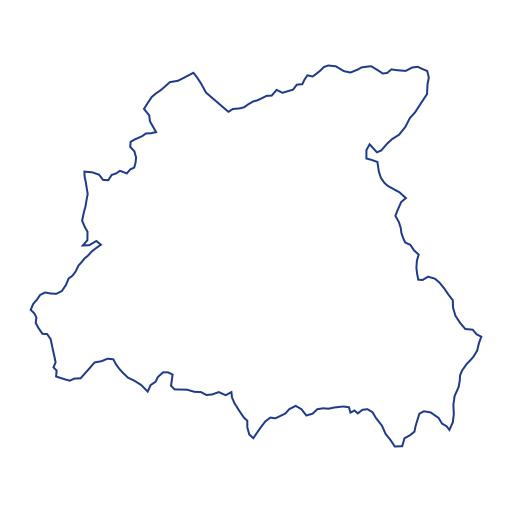 Bragança Paulista, São Paulo, Brazil
{"feature_id": "56859067B47210019217974", "entity_name": "Bragança Paulista", "entity_type": "district", "adm_level": 2, "iso_a3": "BRA", "parent_name": "Brazil", "parent_adm1": "São Paulo", "projection": "robinson", "projection_center": [-46.559, -22.936], "detail": "fine", "context": "isolated", "style": "outline", "palette": "blue", "viewbox_px": 512, "rotation_deg": 0, "n_neighbors": 0, "source": "geoboundaries", "source_scale": "gbopen_adm2", "svg_char_len": 3313}
<svg xmlns="http://www.w3.org/2000/svg" viewBox="0 0 512 512"><path d="M442.0,423.6L446.5,426.2L449.4,429.9L452.8,422.3L453.8,414.3L453.4,404.8L454.6,396.0L458.6,387.1L459.7,381.2L460.1,375.2L462.1,370.5L466.5,364.2L470.7,359.9L473.7,356.4L477.2,350.5L479.0,342.9L481.3,336.7L476.6,334.3L472.7,329.7L465.3,329.0L460.1,322.9L455.4,315.7L453.0,307.6L452.8,300.3L448.2,294.3L444.5,288.8L439.5,282.6L434.9,278.7L428.1,276.7L422.5,280.0L418.3,279.7L417.1,273.7L416.4,267.8L416.9,260.6L418.7,254.6L414.0,250.4L410.4,244.9L405.2,242.5L403.1,238.0L401.4,233.0L400.8,228.2L399.0,222.4L395.4,215.8L397.6,210.1L401.2,202.0L405.9,198.1L399.6,192.4L388.1,186.1L384.5,183.0L380.9,177.9L378.9,171.8L377.4,162.0L371.6,159.9L366.4,158.5L366.4,150.2L369.6,144.3L376.9,152.3L381.2,150.5L387.1,143.7L392.1,139.1L399.1,134.7L405.4,126.8L409.9,118.0L415.1,112.3L419.8,105.0L427.0,94.1L427.5,84.5L428.8,77.5L427.2,71.0L422.8,69.2L417.8,66.8L412.2,67.5L405.7,70.9L397.0,70.2L391.4,69.4L387.1,73.0L382.8,73.5L378.1,70.4L371.1,66.2L361.9,67.3L357.4,69.7L350.5,72.5L344.0,71.2L335.8,66.3L328.3,65.5L323.9,67.0L320.4,70.5L316.6,73.6L312.6,76.5L307.4,75.3L304.5,79.6L302.3,84.2L296.8,84.7L293.0,89.7L288.4,91.0L282.5,92.8L276.6,89.9L271.7,95.6L266.5,95.9L261.9,98.2L257.3,100.4L253.3,101.4L248.4,104.2L244.3,107.2L239.8,108.4L232.9,109.0L228.4,111.8L206.0,92.6L200.8,83.1L196.5,76.7L193.4,72.8L182.9,78.3L177.9,80.8L169.9,82.1L164.0,87.4L160.4,90.4L156.1,93.3L151.7,97.0L148.3,102.1L144.0,108.9L149.2,115.4L150.0,121.4L153.4,127.4L156.1,132.1L150.8,133.3L146.1,133.4L142.1,136.2L134.4,139.6L130.6,141.9L130.2,146.9L134.4,151.3L136.1,157.6L135.5,163.0L134.2,167.6L130.4,169.3L126.8,173.4L120.0,170.8L116.2,173.4L111.7,174.9L108.3,180.2L103.0,179.9L99.1,174.7L92.2,172.3L84.4,171.6L84.6,176.5L85.9,182.7L86.8,188.7L87.7,194.0L86.4,200.8L85.5,206.5L83.9,212.1L82.1,220.7L85.0,227.4L87.5,231.7L87.4,240.2L82.8,245.5L89.3,245.2L96.3,241.0L100.9,244.7L95.8,248.3L91.8,251.4L88.0,255.6L84.6,258.4L81.5,262.3L78.5,265.5L75.6,271.5L72.5,275.7L68.7,278.4L65.8,285.2L61.9,291.0L56.3,293.8L50.5,293.5L45.1,292.5L40.2,294.9L36.8,299.8L33.2,303.9L30.7,309.9L34.3,313.3L36.4,317.5L35.7,322.9L38.4,327.9L42.4,333.8L47.2,334.1L50.7,339.3L52.1,346.1L54.1,355.2L55.6,362.2L53.5,367.4L56.6,370.5L56.1,376.5L60.1,377.8L65.1,379.4L69.8,380.7L74.3,378.6L80.6,378.3L85.5,372.8L90.2,367.5L94.5,362.5L101.5,361.2L107.5,358.7L113.3,359.3L116.1,364.5L119.2,368.7L122.7,372.6L127.9,377.6L134.2,380.6L141.3,385.1L147.7,391.6L150.6,385.1L155.6,381.7L157.9,377.0L163.1,372.3L167.9,372.3L172.6,374.6L171.9,379.6L171.0,385.8L174.6,389.4L187.1,389.7L194.4,391.8L201.0,392.1L206.4,395.0L212.0,394.5L218.8,392.1L225.7,395.2L231.4,392.1L232.0,397.5L234.5,403.3L239.4,411.0L243.9,417.6L247.3,420.7L247.3,427.4L249.3,434.5L253.3,438.2L256.9,432.9L260.5,427.7L265.4,421.3L270.4,417.6L275.3,418.3L279.6,416.3L285.4,413.5L289.2,409.2L295.7,405.9L301.4,409.2L306.4,415.5L312.6,413.7L317.3,409.2L323.1,408.3L328.5,408.7L334.3,407.5L343.1,406.5L348.9,407.2L350.5,412.6L354.5,410.5L357.8,413.4L362.4,409.8L367.5,409.2L372.6,412.3L376.0,418.1L381.9,425.6L385.6,433.9L390.4,439.9L394.8,446.5L402.2,446.2L404.5,438.2L410.1,435.2L414.4,431.7L415.7,425.6L417.4,420.1L419.4,413.7L423.8,411.3L430.6,412.4L434.6,415.2L438.6,417.9L442.0,423.6Z" fill="none" stroke="#1e3a8a" stroke-width="2"/></svg>